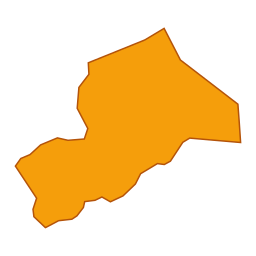 outline of Tonj North, Warrap, South Sudan
{"feature_id": "79223893B57741024830751", "entity_name": "Tonj North", "entity_type": "district", "adm_level": 2, "iso_a3": "SSD", "parent_name": "South Sudan", "parent_adm1": "Warrap", "projection": "orthographic", "projection_center": [28.767, 8.246], "detail": "fine", "context": "isolated", "style": "filled", "palette": "amber", "viewbox_px": 256, "rotation_deg": 0, "n_neighbors": 0, "source": "geoboundaries", "source_scale": "gbopen_adm2", "svg_char_len": 583}
<svg xmlns="http://www.w3.org/2000/svg" viewBox="0 0 256 256"><path d="M239.2,121.7L237.9,104.2L180.4,60.0L164.1,28.4L144.7,40.0L88.3,62.8L88.9,74.3L78.9,87.4L77.2,108.3L87.8,128.5L84.3,139.0L68.0,140.3L57.4,137.9L40.6,144.9L30.0,154.6L20.8,158.5L15.4,166.1L36.6,198.2L33.0,209.3L33.9,216.7L45.4,227.6L45.5,227.6L58.6,220.7L71.9,219.2L76.9,215.9L83.4,207.5L84.7,201.6L95.0,200.3L101.9,197.0L110.4,201.8L123.0,195.9L135.4,184.0L140.6,173.7L157.4,163.6L164.3,164.5L170.4,161.2L182.8,142.3L189.7,138.1L240.6,142.5L239.2,121.7Z" fill="#f59e0b" stroke="#b45309" stroke-width="1.5"/></svg>